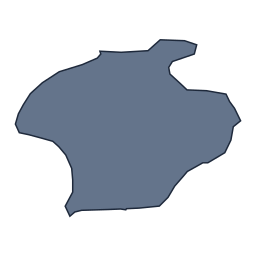 Vårgårda, Västra Götaland, Sweden (Robinson projection)
{"feature_id": "70781695B65797043519152", "entity_name": "Vårgårda", "entity_type": "district", "adm_level": 2, "iso_a3": "SWE", "parent_name": "Sweden", "parent_adm1": "Västra Götaland", "projection": "robinson", "projection_center": [12.81, 58.003], "detail": "fine", "context": "isolated", "style": "filled", "palette": "slate", "viewbox_px": 256, "rotation_deg": 0, "n_neighbors": 0, "source": "geoboundaries", "source_scale": "gbopen_adm2", "svg_char_len": 761}
<svg xmlns="http://www.w3.org/2000/svg" viewBox="0 0 256 256"><path d="M207.8,162.8L224.8,152.7L230.9,140.1L233.3,126.7L240.6,120.8L234.5,108.3L229.6,101.6L226.0,94.1L206.5,90.7L187.0,89.9L180.9,84.1L169.9,74.0L168.7,67.4L172.4,61.5L194.3,54.0L196.7,44.8L194.9,44.2L184.5,40.7L160.2,39.8L148.0,50.7L121.2,52.3L99.9,51.2L100.8,54.0L97.3,58.1L82.3,64.6L59.3,71.7L42.4,82.7L30.4,93.6L23.4,104.6L18.4,113.8L15.4,124.1L19.3,132.7L28.8,134.7L41.8,138.2L52.8,141.3L58.8,146.7L65.8,155.0L71.7,168.4L72.7,180.0L72.7,192.1L65.2,206.2L69.9,216.2L74.8,212.0L81.6,210.3L108.2,209.5L120.6,209.0L125.8,209.8L126.4,208.7L139.0,208.1L159.3,206.1L168.0,197.4L174.7,186.1L183.4,176.1L187.3,171.5L202.8,162.8L207.8,162.8Z" fill="#64748b" stroke="#1e293b" stroke-width="1.5"/></svg>